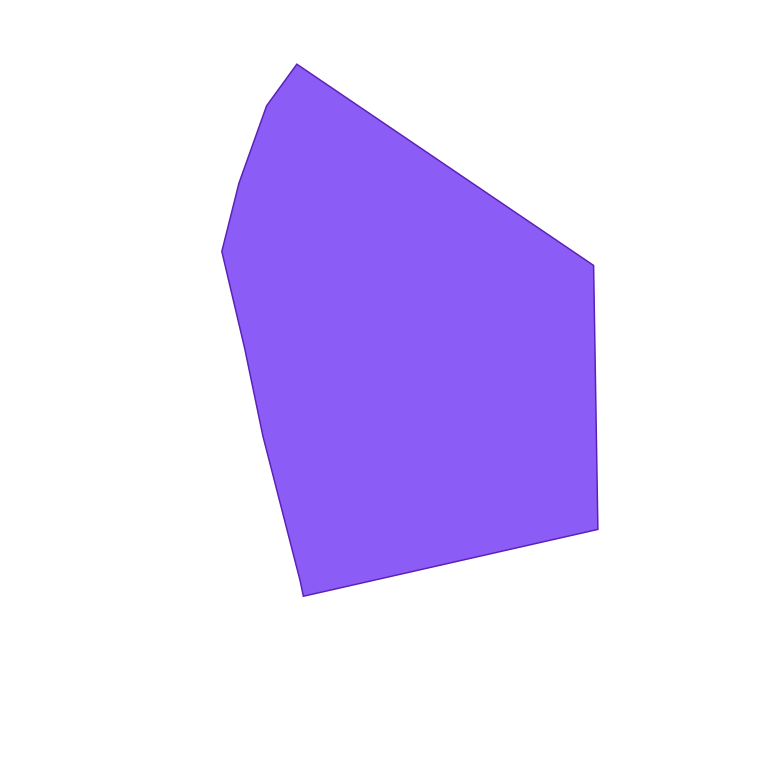 6, Ad Dawhah, Qatar (Equal Earth projection), rotated 126°
{"feature_id": "91078587B49650131193986", "entity_name": "6", "entity_type": "district", "adm_level": 2, "iso_a3": "QAT", "parent_name": "Qatar", "parent_adm1": "Ad Dawhah", "projection": "equal_earth", "projection_center": [51.544, 25.282], "detail": "fine", "context": "isolated", "style": "filled", "palette": "violet", "viewbox_px": 768, "rotation_deg": 126, "n_neighbors": 0, "source": "geoboundaries", "source_scale": "gbopen_adm2", "svg_char_len": 315}
<svg xmlns="http://www.w3.org/2000/svg" viewBox="0 0 768 768"><g transform="rotate(126 384 384)"><path d="M164.9,284.1L176.5,642.5L227.9,642.5L306.8,619.4L372.1,593.1L437.3,517.4L497.2,451.5L513.7,431.5L592.4,336.3L603.1,324.5L375.9,125.5L164.9,284.1Z" fill="#8b5cf6" stroke="#5b21b6" stroke-width="1.5"/></g></svg>